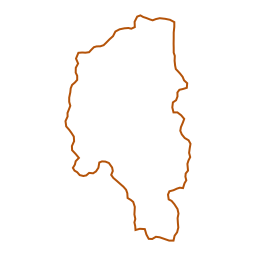 outline of Caputira, Minas Gerais, Brazil
{"feature_id": "56859067B74666845196583", "entity_name": "Caputira", "entity_type": "district", "adm_level": 2, "iso_a3": "BRA", "parent_name": "Brazil", "parent_adm1": "Minas Gerais", "projection": "robinson", "projection_center": [-42.251, -20.183], "detail": "fine", "context": "isolated", "style": "outline", "palette": "amber", "viewbox_px": 256, "rotation_deg": 0, "n_neighbors": 0, "source": "geoboundaries", "source_scale": "gbopen_adm2", "svg_char_len": 1975}
<svg xmlns="http://www.w3.org/2000/svg" viewBox="0 0 256 256"><path d="M72.1,150.2L75.5,153.8L78.9,157.9L75.7,161.2L74.9,164.6L72.9,167.9L74.5,170.6L77.2,172.2L79.7,175.1L83.4,176.0L86.3,175.4L89.1,172.9L93.1,173.3L96.0,171.4L98.4,167.8L99.3,162.5L102.0,161.4L105.4,161.6L108.9,163.0L112.1,167.5L112.8,171.0L111.2,174.9L113.3,177.9L116.7,180.8L120.3,184.0L123.5,186.8L126.1,189.8L127.3,193.2L127.6,198.0L130.9,200.0L133.2,201.9L134.8,206.9L134.6,210.8L134.4,214.4L135.3,219.0L134.4,222.4L135.2,226.1L135.5,230.0L139.8,228.8L144.8,229.1L146.4,234.5L148.7,238.8L152.2,239.0L155.9,236.8L159.7,237.3L164.0,238.8L169.2,240.6L173.5,240.6L174.6,235.7L177.1,232.3L178.3,227.6L177.9,223.1L177.6,218.1L178.5,213.6L177.5,209.0L174.3,204.1L171.6,200.9L168.7,199.4L168.0,194.6L169.4,191.3L173.5,190.2L177.0,188.6L179.8,187.7L183.0,188.1L184.5,183.3L186.3,180.3L185.4,176.7L185.7,173.5L188.0,170.6L187.7,167.1L187.4,163.9L188.5,160.4L190.2,157.1L189.1,152.9L189.7,148.4L190.5,143.8L188.6,140.3L184.7,138.0L181.8,134.4L180.3,130.8L180.9,127.2L182.9,122.5L184.2,118.9L181.2,115.3L177.4,112.4L173.5,112.4L172.3,107.4L172.9,102.4L176.1,100.2L177.5,96.4L177.4,92.5L179.4,89.8L182.9,89.0L186.8,87.8L187.2,83.2L184.1,80.4L182.6,76.8L180.0,73.5L177.9,71.2L175.8,69.0L175.1,65.5L174.6,60.8L174.8,55.9L173.7,52.7L173.7,47.9L173.6,43.6L173.7,38.3L173.7,32.5L174.3,26.8L174.3,22.1L170.0,19.8L165.1,18.8L159.7,18.2L155.8,19.1L152.7,20.3L149.8,19.4L146.3,18.0L143.2,17.0L140.4,15.4L137.2,16.6L134.6,21.8L134.8,27.1L131.3,28.7L128.4,28.0L124.5,28.3L119.6,29.3L115.4,31.5L113.0,36.2L109.6,39.2L106.0,42.9L103.6,45.2L100.3,46.3L96.6,46.4L93.9,47.2L91.3,49.8L89.1,52.2L85.4,52.7L82.3,52.5L78.4,52.8L76.0,58.6L78.1,63.5L75.8,67.8L75.7,72.6L77.2,75.8L77.2,79.9L74.9,82.5L72.1,84.9L70.7,88.4L70.3,92.3L69.2,97.6L69.2,101.9L70.3,105.8L68.8,109.7L67.5,113.0L67.6,116.5L65.5,121.1L66.2,126.4L69.1,129.7L71.5,133.0L73.8,136.6L74.1,141.2L71.9,146.1L72.1,150.2Z" fill="none" stroke="#b45309" stroke-width="2"/></svg>